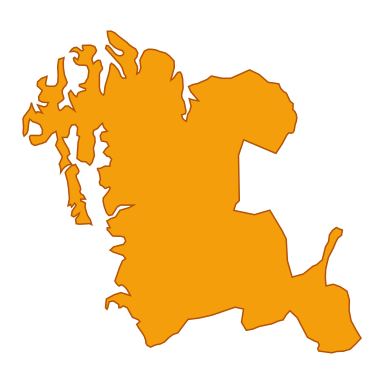 an SVG outline of South Chungcheong
{"feature_id": "KOR-2502", "entity_name": "South Chungcheong", "entity_type": "Province", "adm_level": 1, "iso_a3": "KOR", "parent_name": "South Korea", "parent_adm1": "", "projection": "equal_earth", "projection_center": [126.614, 36.518], "detail": "fine", "context": "isolated", "style": "filled", "palette": "amber", "viewbox_px": 384, "rotation_deg": 0, "n_neighbors": 0, "source": "natural_earth", "source_scale": "10m", "svg_char_len": 5751}
<svg xmlns="http://www.w3.org/2000/svg" viewBox="0 0 384 384"><path d="M177.8,332.9L173.1,334.4L168.6,337.8L164.7,341.8L160.5,343.9L155.4,344.9L150.7,347.1L147.2,345.3L146.0,343.2L145.7,340.5L144.5,336.7L142.6,333.4L138.8,328.0L136.7,324.4L139.9,321.6L138.4,319.8L132.5,317.3L127.3,307.8L123.3,305.9L120.3,307.8L118.9,307.8L118.7,304.5L113.6,301.0L109.2,301.7L107.8,307.4L107.0,309.3L105.5,307.8L106.4,299.0L114.1,294.8L120.9,292.6L130.4,295.5L127.1,289.6L125.2,287.2L122.6,285.2L121.1,284.9L119.3,286.0L118.0,285.2L116.3,283.3L114.9,281.1L119.7,267.2L122.4,261.0L125.7,258.6L123.2,255.4L113.6,252.2L110.1,250.2L113.6,246.9L123.6,244.3L125.7,241.1L124.3,237.2L120.7,236.2L113.2,236.1L111.7,235.0L109.0,231.5L107.2,229.8L107.2,227.8L110.1,227.8L106.8,221.0L110.9,218.6L115.5,217.1L119.9,210.3L129.2,207.6L133.6,205.1L120.4,205.1L117.2,207.0L112.3,214.8L108.8,215.5L106.5,212.6L104.4,207.0L103.1,201.4L103.3,198.0L108.0,192.1L110.2,188.5L109.5,186.9L105.1,188.5L103.2,186.6L101.4,185.3L100.3,185.1L99.3,182.3L100.3,179.8L100.1,177.1L99.0,171.9L97.6,169.8L97.5,168.5L100.6,168.3L105.1,166.1L109.8,166.2L110.2,162.6L111.6,159.4L109.7,156.8L107.0,156.2L103.4,152.4L105.7,148.9L108.9,146.1L106.7,142.0L101.3,140.9L100.2,135.9L102.0,132.2L107.2,131.4L104.2,127.7L103.2,125.8L102.5,123.2L100.6,124.9L97.4,128.6L93.8,130.3L93.1,132.4L93.2,134.5L94.8,137.1L95.1,142.1L93.4,148.0L94.4,155.8L92.0,162.5L89.9,165.2L85.7,161.8L81.4,161.5L77.0,158.5L78.1,142.4L79.5,136.5L76.9,135.2L77.7,127.6L75.2,124.5L71.6,125.2L69.5,129.1L69.0,133.9L67.3,137.4L62.2,137.5L64.3,142.1L68.4,149.1L69.9,154.0L67.4,156.2L67.7,158.7L71.6,164.2L68.1,164.9L65.2,166.7L62.7,169.3L60.7,172.4L60.8,170.2L60.5,168.0L60.0,165.9L59.2,164.2L62.4,156.9L55.7,145.3L57.7,139.5L56.0,131.4L51.8,133.8L45.8,141.9L41.4,143.6L38.8,144.2L36.5,145.1L34.2,145.3L31.5,143.6L29.9,139.4L29.5,136.7L30.6,135.4L40.0,135.5L42.3,133.8L42.3,129.3L39.9,124.6L36.4,122.8L32.7,121.7L29.8,119.1L28.7,122.7L28.0,130.1L26.7,133.6L24.1,136.1L23.2,133.7L23.5,126.2L23.0,119.0L23.7,117.0L29.5,109.2L30.6,106.4L31.5,102.6L32.2,105.5L33.2,108.1L34.4,110.6L36.0,113.0L37.2,111.8L38.7,111.9L42.3,113.0L39.9,109.4L37.5,104.9L44.0,106.9L46.6,106.2L48.3,102.6L42.6,102.2L39.0,100.5L38.6,96.8L42.3,90.4L37.2,85.9L37.6,81.8L41.5,78.4L47.0,76.3L45.6,83.6L46.1,85.6L49.2,86.3L54.8,86.2L56.3,85.1L57.8,82.4L58.2,75.7L57.7,66.7L58.7,59.3L64.0,57.6L63.3,61.7L63.4,68.2L64.4,74.7L67.2,82.6L65.9,85.3L63.6,87.8L62.3,90.4L62.3,93.1L63.7,97.5L63.9,98.7L62.7,100.1L57.8,103.7L58.0,106.3L58.7,109.0L59.9,110.6L61.5,109.8L65.3,106.1L68.2,106.0L74.7,110.8L70.0,100.1L68.4,93.4L70.8,90.4L74.4,95.3L76.7,96.9L77.7,93.6L78.7,92.6L81.0,91.6L85.5,90.4L85.5,88.5L83.7,88.2L79.4,86.3L79.4,84.5L84.8,83.1L88.0,77.6L88.9,70.9L87.1,65.9L85.1,65.2L79.2,65.1L76.3,63.9L74.1,61.1L73.4,58.3L74.5,57.3L77.7,59.8L79.2,55.2L77.6,52.5L74.2,51.3L70.0,51.7L71.7,49.4L73.9,47.7L76.4,47.3L78.6,48.6L80.7,50.4L82.6,50.8L83.5,49.8L82.5,47.6L82.5,45.4L90.8,45.2L94.8,46.7L96.5,50.6L95.3,53.1L93.2,55.7L91.8,59.1L93.3,63.9L95.3,61.8L97.8,60.3L100.0,60.4L101.0,62.9L101.2,65.0L102.3,66.9L102.5,68.9L100.1,72.2L99.4,74.1L99.4,87.4L100.2,91.3L101.8,94.0L103.5,95.0L104.2,93.6L105.1,86.2L109.3,71.9L110.2,64.9L111.4,63.3L114.2,65.2L118.1,69.8L119.7,73.0L120.8,76.0L122.5,78.0L125.8,78.1L125.8,76.3L124.1,74.0L122.2,67.9L120.5,64.9L106.6,49.4L105.6,48.6L106.4,45.4L108.3,45.8L110.6,48.1L114.2,52.8L116.2,54.6L118.5,55.7L121.3,55.7L123.4,54.4L123.6,52.4L122.1,50.5L118.9,49.6L114.6,47.4L109.9,42.8L107.8,35.9L107.3,31.3L111.4,31.2L115.0,33.0L118.3,36.0L127.1,42.6L128.9,44.5L132.3,47.0L135.6,48.9L137.8,53.0L136.8,57.0L134.6,59.7L135.0,61.9L137.3,66.4L137.5,69.2L136.7,74.1L139.2,72.3L140.2,70.1L140.8,67.6L139.9,60.3L140.9,57.8L144.4,51.1L148.1,49.3L151.6,49.3L155.5,49.8L159.8,51.5L165.3,53.0L169.2,55.7L174.0,60.9L174.3,67.3L170.8,80.2L173.5,78.3L177.7,72.5L180.1,72.0L181.7,74.5L182.6,78.9L183.1,87.4L182.9,89.2L181.8,93.3L181.6,95.7L182.1,98.1L184.1,101.7L186.0,111.0L185.4,113.7L181.6,114.9L182.3,117.4L183.2,119.1L184.5,120.3L186.4,121.2L187.7,114.5L189.9,110.5L191.1,106.2L189.2,98.7L193.8,100.1L198.6,100.8L190.8,91.7L188.5,86.6L193.1,84.5L197.2,83.7L207.0,79.5L211.4,76.0L222.0,78.3L230.8,78.3L249.6,69.9L259.3,74.6L268.1,82.3L278.8,83.8L280.6,88.3L283.2,91.2L286.3,93.1L290.2,101.4L293.1,103.6L292.9,109.7L294.8,111.5L296.3,114.5L296.8,117.9L296.3,121.3L295.2,124.5L294.2,130.3L293.0,132.6L290.9,133.2L288.8,132.8L286.9,135.0L282.2,143.8L275.9,153.4L243.7,139.8L238.5,155.3L239.3,200.6L235.8,204.1L233.8,210.4L254.4,214.7L269.8,210.2L282.0,230.5L286.2,239.0L287.4,260.8L292.1,277.1L303.3,274.0L313.1,266.1L316.4,264.9L322.3,259.8L325.5,246.8L328.5,241.7L329.5,234.7L332.5,230.4L336.3,227.5L339.5,229.0L342.4,230.0L341.5,235.2L337.8,238.2L335.5,242.7L333.5,247.7L328.4,257.5L325.7,269.1L325.3,277.4L326.0,285.9L333.3,284.3L340.0,286.7L347.0,291.2L349.4,300.1L349.1,310.5L351.1,320.8L355.8,329.6L361.0,338.2L355.6,344.0L350.1,349.2L343.4,351.2L336.7,351.5L331.8,352.8L318.7,351.0L317.7,348.5L319.3,345.1L317.9,342.1L315.0,341.3L307.5,337.3L297.2,317.6L289.9,310.7L286.2,314.9L283.1,319.9L278.4,321.0L271.9,323.8L259.4,326.4L253.0,329.0L246.3,330.3L241.5,322.3L243.5,309.0L235.1,307.2L211.6,315.2L198.9,318.1L188.0,319.4L177.8,332.9ZM85.6,209.4L87.3,215.0L90.4,220.0L91.7,224.7L89.5,223.6L79.4,224.2L76.2,223.7L75.6,219.2L76.7,217.6L78.4,215.9L79.3,213.2L73.9,216.9L71.4,215.6L72.1,211.1L76.2,205.1L74.7,203.2L71.6,207.1L70.5,204.4L68.1,205.8L69.4,198.6L68.5,187.6L67.5,181.0L65.2,172.6L67.1,169.9L71.1,166.0L75.4,164.4L78.4,169.5L78.9,171.4L77.9,173.6L76.1,175.0L76.3,177.1L80.1,186.3L80.7,189.2L79.8,191.6L80.9,193.8L83.5,195.4L85.5,199.1L80.7,199.1L80.7,201.0L82.3,201.3L85.5,203.2L85.0,206.6L85.6,209.4Z" fill="#f59e0b" stroke="#b45309" stroke-width="1.5"/></svg>